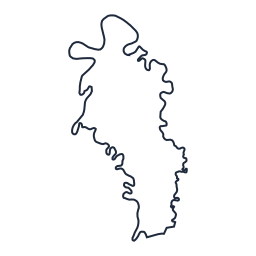 Puerto Santander, Norte de Santander, Colombia
{"feature_id": "7082276B36155963658062", "entity_name": "Puerto Santander", "entity_type": "district", "adm_level": 2, "iso_a3": "COL", "parent_name": "Colombia", "parent_adm1": "Norte de Santander", "projection": "robinson", "projection_center": [-72.407, 8.326], "detail": "fine", "context": "isolated", "style": "outline", "palette": "slate", "viewbox_px": 256, "rotation_deg": 0, "n_neighbors": 0, "source": "geoboundaries", "source_scale": "gbopen_adm2", "svg_char_len": 5861}
<svg xmlns="http://www.w3.org/2000/svg" viewBox="0 0 256 256"><path d="M175.2,222.1L174.7,221.8L172.6,221.4L172.1,220.8L172.0,220.3L172.2,220.0L174.7,218.3L175.4,217.0L175.9,215.1L176.0,214.3L175.5,213.1L173.2,210.5L172.9,209.9L172.9,208.6L174.1,206.8L173.6,206.2L173.0,206.2L172.3,206.4L171.4,207.2L171.1,206.8L170.9,206.3L171.5,205.0L171.4,203.1L171.5,202.4L171.9,201.3L172.5,200.6L173.4,200.1L174.1,200.0L177.6,200.6L178.6,200.3L178.9,199.7L178.8,198.8L178.3,198.2L177.3,197.8L174.8,198.2L174.4,197.7L174.1,196.6L174.1,195.8L174.3,195.1L176.6,192.1L177.1,190.6L177.1,188.9L176.6,186.6L176.5,184.3L175.7,182.7L175.7,182.2L176.0,181.6L176.9,180.8L178.1,180.2L178.4,179.5L178.2,178.8L177.3,178.6L177.0,178.3L176.9,176.3L175.9,175.0L175.7,174.5L175.7,173.3L176.0,172.6L176.6,172.3L179.2,171.3L179.9,171.3L181.5,171.8L183.3,171.7L184.9,172.3L185.8,172.4L186.3,172.3L186.7,171.1L186.8,169.1L186.6,168.8L185.9,168.8L185.2,169.8L184.2,170.3L183.2,170.1L182.4,169.2L183.4,168.1L183.6,167.5L183.5,166.4L183.1,165.0L183.4,163.5L183.7,163.0L185.2,162.1L186.4,161.0L186.5,160.0L186.4,159.1L186.1,158.4L185.8,158.2L184.9,158.1L183.6,157.6L183.2,156.5L183.4,155.4L183.9,154.4L183.6,153.7L183.5,152.5L184.5,149.8L184.5,148.8L184.1,148.2L183.4,147.7L182.7,147.6L181.6,147.8L180.0,148.6L178.9,148.7L178.0,148.5L177.0,147.7L176.0,146.3L174.3,145.4L173.9,143.5L173.4,142.1L172.8,141.1L172.2,140.4L170.6,139.7L166.8,140.0L165.4,139.5L164.7,138.9L164.1,138.3L163.3,136.8L163.2,136.1L163.3,134.4L163.1,133.6L162.2,132.1L161.1,130.9L160.3,129.8L159.9,128.6L159.7,127.4L160.0,126.7L160.8,126.1L162.5,126.1L166.2,125.5L166.6,124.9L166.6,124.1L166.6,123.2L166.0,121.8L165.5,121.4L163.9,120.9L162.1,119.8L161.2,119.0L160.4,117.8L160.3,116.4L160.7,111.7L163.1,108.5L165.0,105.0L165.3,103.8L165.2,102.5L164.7,101.4L160.7,97.9L160.3,96.4L160.2,95.3L160.3,94.0L160.9,93.1L162.5,92.2L163.3,91.9L164.1,92.0L166.7,93.0L168.0,93.3L169.9,93.5L170.9,93.0L172.3,91.5L172.8,90.0L172.8,88.7L172.4,87.0L172.1,84.3L171.8,83.2L171.5,82.6L170.3,81.7L169.1,81.4L166.4,81.9L165.3,81.8L163.8,81.1L162.9,80.1L162.7,78.2L163.3,76.2L164.3,74.2L166.0,72.1L166.4,71.2L166.6,70.2L166.5,69.0L166.0,67.3L164.9,65.2L164.2,64.4L163.6,64.2L162.0,64.1L159.9,63.7L157.9,62.6L154.7,60.1L153.7,59.9L152.7,60.1L151.2,61.1L150.2,62.7L149.7,64.6L149.9,68.7L149.3,70.0L148.9,70.2L148.4,70.2L147.4,69.9L146.6,69.4L145.9,68.5L145.4,67.4L145.1,65.9L145.4,60.8L145.2,60.0L144.7,59.4L143.3,58.5L142.3,58.3L141.6,58.7L139.5,60.6L138.6,60.9L138.1,60.8L137.9,60.0L138.1,59.4L140.8,56.4L142.2,55.4L144.9,55.0L145.6,54.8L146.5,54.0L146.9,52.8L146.8,52.1L146.6,51.8L146.0,51.4L144.8,51.0L142.7,49.6L139.7,46.5L139.2,46.4L138.8,46.6L135.5,51.7L133.4,53.0L129.1,54.6L129.2,55.1L127.8,55.0L126.8,54.7L125.1,53.7L124.4,52.8L123.9,51.9L123.6,51.0L123.7,49.0L124.0,48.1L125.4,46.3L127.2,45.0L128.4,44.4L131.8,43.4L135.5,41.6L136.4,40.9L137.2,39.4L137.8,37.1L137.8,35.0L137.4,33.3L136.7,32.1L135.5,30.5L130.6,25.6L127.0,22.6L123.4,19.9L120.7,18.3L115.4,15.7L113.1,15.4L110.6,15.4L108.3,15.8L107.4,16.3L103.9,18.8L102.4,20.4L102.0,21.2L101.5,23.2L101.4,24.9L101.8,28.0L104.1,37.3L104.5,39.8L104.1,43.7L103.0,46.7L101.9,48.2L100.4,49.4L98.2,49.7L94.8,49.1L88.5,47.3L82.5,43.4L80.7,42.7L78.5,42.1L76.5,42.1L75.5,42.4L74.0,43.0L72.4,44.2L69.9,48.2L69.4,49.8L69.2,51.2L69.4,53.6L69.8,55.7L70.7,56.8L73.1,58.4L76.6,58.9L81.1,58.4L84.6,58.2L90.2,58.1L92.8,58.5L93.5,59.0L94.5,60.0L94.8,61.0L94.5,62.5L93.0,65.0L88.8,69.7L82.6,75.3L81.9,76.2L80.4,82.2L79.8,86.4L79.8,89.2L79.4,92.9L80.2,94.5L80.8,94.8L81.3,94.8L82.4,94.5L83.2,93.9L84.1,92.9L84.5,91.1L86.5,90.2L87.3,89.6L89.2,86.5L90.2,86.4L91.6,87.1L91.9,91.2L90.5,94.2L87.1,98.0L86.4,99.0L85.7,100.3L85.0,102.3L84.3,109.7L83.9,111.6L82.9,114.7L76.8,122.1L75.2,123.3L73.7,125.3L72.5,128.0L72.1,130.2L72.1,131.7L72.2,132.5L72.8,133.5L73.8,134.2L75.1,134.3L76.2,133.6L77.3,131.5L78.9,126.3L79.3,123.5L79.8,123.1L80.7,123.2L81.4,123.7L81.7,124.2L82.3,127.1L82.8,127.3L84.6,127.0L86.1,127.4L87.9,128.6L89.3,129.2L90.3,129.3L93.1,128.2L94.0,128.0L94.7,128.2L95.7,128.8L95.6,129.9L94.2,132.9L93.8,135.0L93.9,137.0L94.3,138.4L94.8,140.2L95.5,141.2L96.3,141.9L100.3,143.5L102.1,144.0L103.0,144.1L105.5,143.3L106.9,143.6L108.4,144.7L108.8,145.4L109.0,146.3L108.6,147.2L107.4,148.4L106.5,149.6L106.3,150.3L106.3,152.3L106.6,153.4L106.9,153.9L107.6,154.4L108.4,154.7L109.0,154.6L109.4,154.2L109.7,153.3L109.8,151.5L110.2,149.0L110.6,148.4L111.7,147.5L112.8,147.2L114.2,147.9L115.8,151.0L116.0,152.1L115.9,153.3L115.3,154.2L113.7,155.8L112.5,157.7L112.5,159.1L112.8,159.4L113.4,159.6L114.1,159.4L114.7,159.0L115.9,157.1L116.9,156.0L119.7,154.4L121.6,154.0L122.4,154.2L123.1,155.1L123.4,156.1L123.4,158.8L122.5,160.8L122.3,163.8L122.0,164.6L121.1,165.6L117.3,166.1L116.2,166.9L115.8,167.6L115.8,168.4L116.0,168.9L116.6,169.2L117.4,169.2L119.5,168.6L120.9,168.5L122.2,168.9L123.3,169.8L125.1,173.1L126.1,174.2L128.9,175.7L130.7,176.4L133.2,178.2L133.8,179.9L134.2,183.2L134.2,184.9L133.8,185.6L133.5,185.8L132.5,185.8L129.0,184.2L127.5,183.1L126.2,182.8L125.2,182.8L124.5,183.2L124.2,183.7L124.0,185.3L124.5,186.4L126.0,187.4L128.3,187.7L129.3,188.5L131.1,190.5L131.5,191.1L131.6,192.3L131.5,192.9L131.1,193.3L130.4,193.5L129.4,193.4L127.2,192.2L126.5,192.1L125.5,192.3L124.3,193.2L123.4,194.2L123.1,195.9L123.3,197.0L123.7,197.8L124.1,198.0L125.3,198.2L126.5,198.8L129.1,199.6L133.3,199.5L134.6,199.9L136.3,200.9L137.0,201.5L137.7,202.5L138.3,203.9L138.8,205.9L138.8,207.9L138.1,210.1L137.4,213.2L137.5,216.6L138.5,220.5L138.4,223.2L138.0,225.7L137.2,228.0L134.7,232.7L134.0,234.8L132.5,238.0L132.5,239.4L132.6,239.9L133.1,240.4L133.7,240.6L134.3,240.6L135.5,239.6L136.6,238.3L138.3,235.8L138.9,234.3L140.2,232.2L140.7,231.9L141.4,231.7L143.7,231.8L144.4,232.1L145.7,234.1L146.9,237.3L158.0,234.2L161.8,233.6L163.9,233.8L166.7,227.8L174.0,226.6L175.2,222.1Z" fill="none" stroke="#1e293b" stroke-width="2"/></svg>